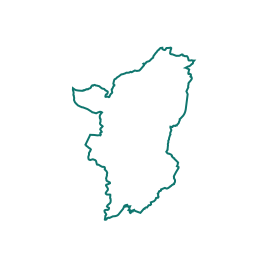 the district of Tepetzintla, Puebla, Mexico, rotated 119°
{"feature_id": "50627088B29131736368652", "entity_name": "Tepetzintla", "entity_type": "district", "adm_level": 2, "iso_a3": "MEX", "parent_name": "Mexico", "parent_adm1": "Puebla", "projection": "mercator", "projection_center": [-97.853, 19.942], "detail": "fine", "context": "isolated", "style": "outline", "palette": "teal", "viewbox_px": 256, "rotation_deg": 119, "n_neighbors": 0, "source": "geoboundaries", "source_scale": "gbopen_adm2", "svg_char_len": 5818}
<svg xmlns="http://www.w3.org/2000/svg" viewBox="0 0 256 256"><g transform="rotate(119 128 128)"><path d="M60.0,96.4L59.8,96.7L58.8,96.8L57.3,96.4L55.2,96.1L54.0,96.1L53.3,96.5L52.7,97.2L52.9,98.1L52.7,98.4L51.8,98.3L50.7,99.0L50.7,100.3L51.3,100.9L51.4,101.3L51.2,101.6L50.2,102.1L49.7,102.1L49.0,102.4L47.2,102.8L47.1,103.7L47.3,105.2L47.2,106.1L47.4,106.8L45.1,105.3L44.3,104.4L43.0,103.7L41.3,103.3L40.7,102.8L40.1,102.6L38.6,103.1L37.0,102.8L37.5,103.7L37.9,105.2L38.4,105.7L39.4,107.4L39.2,108.1L37.9,109.1L37.3,109.9L36.8,110.6L36.6,111.3L37.1,112.3L37.6,112.9L37.7,114.4L38.0,114.8L37.3,115.8L37.4,116.2L37.6,116.6L39.9,118.1L40.7,119.4L41.5,120.8L42.0,124.7L42.3,125.5L42.5,125.9L42.6,126.7L42.4,127.2L42.1,127.5L39.2,128.5L37.9,128.6L37.1,129.0L37.0,129.4L37.1,129.8L38.0,130.8L39.3,133.0L39.6,133.2L40.3,133.3L40.8,133.2L41.5,133.3L42.0,133.7L42.3,134.8L42.3,135.9L42.2,136.3L41.2,136.9L42.3,138.4L43.3,138.7L44.1,138.8L44.3,139.0L44.8,139.0L45.9,139.6L47.5,139.7L49.0,140.1L52.8,140.6L53.6,140.4L54.3,140.1L55.7,140.8L58.9,141.7L59.6,142.2L60.8,143.4L61.7,143.9L63.2,144.0L63.6,144.3L63.9,145.4L64.4,145.7L64.7,144.9L65.4,144.4L70.8,145.5L72.1,145.9L72.4,146.1L73.8,147.9L74.4,149.9L77.4,151.8L77.6,152.2L77.5,152.7L77.6,153.0L79.0,153.9L79.8,155.0L80.3,156.1L80.8,156.5L81.3,156.7L83.4,158.6L84.0,159.4L84.5,159.9L87.4,161.1L88.9,162.0L89.4,162.2L90.2,162.3L90.9,162.6L91.7,163.2L92.2,163.4L94.0,163.0L96.4,162.3L96.7,161.8L97.0,160.7L97.6,160.5L98.3,161.0L101.5,160.7L101.9,161.0L102.2,161.0L103.6,159.9L104.4,159.1L104.8,159.0L105.5,159.1L106.5,159.5L107.5,159.6L109.9,159.4L110.3,159.7L110.4,161.0L111.6,162.6L111.6,162.9L111.2,163.2L109.8,163.5L109.2,163.4L108.4,162.8L107.7,162.7L106.3,163.1L106.0,163.5L105.9,164.4L106.0,166.0L105.4,167.8L105.5,168.2L105.9,169.3L106.0,170.0L105.7,172.1L105.5,172.7L105.4,173.3L106.0,175.8L106.5,177.0L106.4,177.9L106.7,178.4L107.5,179.0L107.9,179.1L108.0,179.9L109.6,180.3L110.3,180.1L111.1,180.2L111.8,180.6L112.5,181.3L113.5,181.7L113.8,182.1L113.8,182.7L114.4,183.0L114.9,183.7L115.4,183.8L116.3,184.9L116.7,184.9L116.7,185.4L117.6,185.9L119.4,189.8L120.1,191.8L120.2,193.3L119.9,195.4L121.0,194.9L121.9,194.2L122.6,193.4L123.6,192.6L125.6,191.8L125.8,191.2L126.6,190.7L127.3,190.0L128.3,189.4L129.7,188.8L131.2,186.9L132.1,184.4L132.1,183.9L132.5,183.0L132.4,180.3L132.2,178.7L132.2,178.3L131.8,177.5L131.1,172.5L131.4,167.5L131.6,166.9L131.2,165.8L130.7,163.5L130.6,163.0L128.8,161.7L127.4,160.4L127.0,159.4L127.0,158.3L128.4,158.5L128.7,158.7L130.5,158.7L131.9,158.2L132.7,157.6L132.9,157.2L133.3,157.1L133.6,156.2L134.0,156.2L134.7,155.7L136.0,155.0L136.5,155.1L137.6,154.7L138.0,154.3L138.4,153.4L138.7,151.2L138.8,151.0L140.0,151.2L141.7,151.8L142.7,151.6L144.1,149.1L145.3,149.8L146.0,149.8L146.7,148.8L146.9,148.6L147.8,148.6L147.9,149.1L149.3,151.2L150.4,154.0L152.3,157.8L154.0,157.6L163.2,157.1L163.2,156.7L163.4,156.3L163.9,155.6L163.9,154.3L164.3,153.0L164.4,150.8L164.9,150.0L166.4,150.0L166.7,149.8L167.7,150.0L168.8,150.0L170.4,149.1L172.3,148.8L173.4,148.2L174.5,147.1L174.4,145.6L172.4,143.6L172.2,142.5L172.0,141.0L172.4,139.9L174.7,137.8L175.0,137.3L174.8,136.7L174.4,136.1L174.4,135.6L174.5,134.0L174.5,132.2L174.3,131.4L174.0,130.9L173.8,130.5L173.6,129.7L173.7,129.3L174.4,128.6L175.2,128.5L175.5,128.3L176.3,125.7L177.2,124.5L177.9,124.2L178.8,124.0L179.7,123.4L181.0,123.1L182.1,122.9L182.8,122.7L183.2,122.2L184.3,121.4L184.6,120.5L184.4,117.6L184.7,117.2L185.1,117.0L185.7,117.4L187.7,119.0L188.0,119.4L188.7,119.5L189.1,119.2L190.3,116.9L191.0,116.0L192.1,115.6L193.9,115.9L195.5,116.0L196.2,115.6L196.4,114.9L196.4,114.2L195.7,112.8L195.1,111.8L194.9,111.2L195.3,110.9L195.5,110.8L197.9,109.7L198.2,109.4L198.4,108.9L200.1,107.8L201.5,107.3L202.4,107.3L205.4,108.4L206.5,108.4L206.8,108.4L207.1,107.6L207.0,106.0L207.3,105.7L208.1,105.5L208.6,105.5L209.5,106.0L210.0,107.2L210.8,108.2L211.5,108.5L211.9,108.4L212.9,107.5L213.7,105.7L214.3,105.0L214.6,105.0L215.7,105.2L216.2,105.1L216.8,104.7L219.1,104.0L219.4,103.8L219.4,103.6L219.3,103.4L218.7,102.7L218.3,102.5L217.8,102.6L216.9,102.4L216.3,101.9L215.9,101.6L215.8,100.9L215.5,100.7L215.4,100.4L212.7,98.5L211.1,96.2L209.6,94.9L208.4,94.4L201.0,93.1L199.1,93.3L198.1,92.2L198.3,93.4L197.7,93.4L196.8,92.8L195.6,91.5L196.7,89.6L196.4,89.5L195.5,88.2L197.2,88.0L198.3,87.5L199.5,87.7L199.2,86.5L199.6,86.5L201.0,85.4L201.2,84.7L200.6,84.4L200.0,84.8L198.8,85.1L198.8,83.4L197.7,83.3L197.4,83.6L196.6,82.9L196.9,82.5L197.1,81.6L196.2,76.0L191.2,75.0L190.5,74.6L190.5,74.4L190.1,74.5L188.6,73.7L188.3,72.8L185.6,72.5L184.6,71.1L183.6,70.8L182.0,72.0L179.5,69.8L177.5,69.2L175.5,69.5L174.5,68.0L174.3,67.9L173.4,67.9L172.8,68.8L171.9,69.1L170.9,70.2L169.7,69.8L168.5,70.2L168.1,69.9L167.7,69.7L167.2,69.0L167.0,68.9L166.1,68.9L165.7,69.3L162.5,66.7L162.3,65.0L162.0,64.5L160.8,63.6L160.2,63.4L159.6,63.0L159.0,62.8L158.4,62.7L158.0,62.3L156.6,61.9L154.8,60.6L154.4,61.0L153.7,60.7L152.4,60.8L151.3,61.3L150.7,61.7L149.6,63.5L148.7,63.9L148.4,64.3L147.6,64.5L143.2,64.6L138.6,64.4L137.7,64.8L137.7,66.7L136.1,66.7L135.1,67.2L134.1,67.3L133.7,68.0L133.5,68.9L132.8,71.2L132.7,72.2L132.1,72.8L132.0,74.7L131.8,74.9L131.5,75.9L130.8,76.2L130.4,77.2L130.5,79.4L130.8,80.0L131.0,81.1L130.8,81.3L130.8,81.7L130.6,82.3L130.2,83.0L129.3,82.9L128.8,82.8L128.5,82.9L127.8,82.8L127.4,83.2L126.6,83.4L125.1,84.1L123.8,84.6L123.0,85.2L122.3,85.5L121.1,85.7L119.6,86.6L118.1,86.6L116.9,87.2L114.2,87.7L113.1,87.7L112.8,88.2L111.7,88.7L109.1,89.0L108.8,89.1L107.0,91.2L106.3,91.5L105.6,89.6L104.6,89.6L104.0,89.3L103.8,89.1L103.3,87.7L102.9,87.7L102.6,87.5L102.3,87.2L102.2,86.6L100.6,86.5L100.0,86.2L98.8,86.1L97.7,86.4L96.1,86.5L95.2,87.1L94.7,86.8L90.4,85.7L88.0,85.6L85.9,85.9L83.8,86.5L69.5,92.2L67.6,94.7L63.1,95.0L62.3,95.7L60.0,96.4Z" fill="none" stroke="#0f766e" stroke-width="2"/></g></svg>